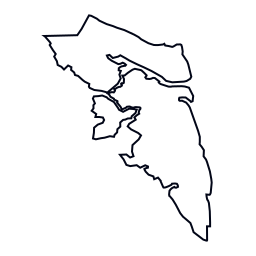 outline of Sitka, Alaska, United States of America
{"feature_id": "52423323B81884314913913", "entity_name": "Sitka", "entity_type": "district", "adm_level": 2, "iso_a3": "USA", "parent_name": "United States of America", "parent_adm1": "Alaska", "projection": "natural_earth1", "projection_center": [-135.379, 57.084], "detail": "fine", "context": "isolated", "style": "outline", "palette": "ink", "viewbox_px": 256, "rotation_deg": 0, "n_neighbors": 0, "source": "geoboundaries", "source_scale": "gbopen_adm2", "svg_char_len": 3807}
<svg xmlns="http://www.w3.org/2000/svg" viewBox="0 0 256 256"><path d="M210.1,226.3L210.1,222.3L209.8,211.2L208.9,203.0L208.0,200.5L207.6,200.2L207.1,199.1L206.6,196.6L206.4,194.5L209.4,194.8L210.0,194.5L210.7,192.9L211.7,182.6L211.3,179.1L209.9,171.4L207.0,162.0L206.0,159.5L203.6,156.3L203.9,150.2L201.6,146.7L199.6,144.3L199.8,141.9L199.8,136.8L198.1,130.9L189.8,107.5L188.6,105.5L186.2,102.6L182.1,100.7L179.8,100.8L179.2,100.4L179.0,100.0L179.1,98.3L179.4,97.7L182.2,97.4L185.7,97.5L190.4,101.1L191.0,101.9L192.6,101.2L193.2,96.0L189.0,87.7L184.8,86.5L181.7,86.2L172.2,86.4L170.9,86.7L168.5,86.6L160.8,84.1L159.5,83.3L158.7,82.3L159.3,81.5L154.8,78.0L153.0,77.9L151.2,78.7L149.4,79.0L146.3,78.7L145.3,77.3L146.6,75.6L146.6,75.3L143.9,72.6L141.6,70.5L140.8,70.1L134.8,68.8L132.5,69.7L127.9,72.8L124.6,75.5L122.4,75.6L124.0,79.0L123.8,82.8L123.3,83.2L121.7,83.2L121.5,83.4L121.1,83.7L121.1,84.0L121.3,84.3L121.6,84.2L121.8,84.4L121.9,85.6L120.3,86.8L118.9,86.9L117.1,87.7L115.1,89.0L114.3,89.0L114.3,89.6L115.0,90.4L114.9,90.9L114.6,91.4L113.8,92.4L111.9,92.1L109.2,92.9L108.5,93.4L108.4,94.1L109.5,95.0L110.4,96.7L113.9,98.7L114.0,99.3L114.5,99.8L117.4,101.1L117.5,101.9L117.1,102.3L117.3,102.9L120.5,106.7L121.2,108.0L121.2,108.3L122.0,109.4L126.0,107.7L126.8,106.8L129.2,106.5L129.9,106.6L131.9,107.5L133.8,107.6L135.2,107.1L136.0,107.1L139.8,107.4L140.5,108.1L140.2,109.3L139.3,110.0L138.7,112.7L139.2,113.7L136.7,115.3L134.4,117.4L135.7,119.7L129.2,123.8L127.7,126.4L131.1,129.4L138.2,133.0L141.0,135.4L138.7,139.4L132.5,145.1L132.0,151.6L133.5,156.2L130.1,157.5L126.4,154.5L120.0,154.8L123.6,159.4L126.4,164.9L130.2,166.1L136.7,165.2L140.2,167.7L145.2,165.3L148.0,166.5L147.9,167.7L146.5,168.0L144.4,168.9L144.5,169.6L145.7,171.7L148.6,174.7L153.4,176.4L154.2,179.2L158.0,177.6L160.7,180.8L160.6,181.2L163.1,186.9L163.5,187.5L165.0,187.5L166.1,187.2L168.6,186.2L171.4,184.8L172.0,183.7L175.0,183.5L176.9,183.8L177.8,185.3L178.0,186.8L176.2,187.7L175.1,187.6L174.4,186.9L172.3,187.9L170.6,189.3L169.5,190.8L169.1,194.4L169.3,195.9L169.7,196.1L172.6,199.5L175.8,204.7L180.2,213.1L183.0,216.7L190.4,223.0L191.8,226.7L193.6,232.2L203.3,239.6L206.3,240.6L206.9,240.6L207.1,240.2L207.0,226.3L210.1,226.3ZM44.3,36.0L45.0,36.5L50.2,42.5L50.7,43.5L49.7,45.0L52.9,50.1L55.7,54.0L54.2,56.6L56.9,61.2L57.7,65.0L61.4,66.8L64.0,69.5L68.1,65.5L71.4,67.2L71.1,69.9L74.2,72.5L75.0,75.0L78.1,75.9L82.6,80.0L84.8,81.7L89.3,83.9L88.9,86.7L89.7,87.9L94.3,90.0L101.5,90.9L106.1,92.1L106.9,92.9L111.1,89.4L117.8,83.7L120.7,78.4L119.4,74.6L120.8,70.9L118.7,70.3L118.8,68.2L120.4,66.9L121.6,66.4L124.5,65.8L125.2,65.8L126.0,64.9L124.6,63.6L122.7,62.7L120.3,63.8L118.3,64.1L111.8,60.8L108.3,58.3L107.7,57.3L106.9,55.5L109.5,54.9L112.8,58.0L118.2,56.6L120.3,55.3L125.7,58.3L129.5,60.6L137.3,64.4L143.6,67.2L151.5,71.0L161.9,76.9L165.5,80.3L166.0,80.8L166.6,81.0L172.3,82.3L183.9,81.6L186.6,81.0L190.2,78.8L191.3,76.7L188.3,64.5L187.2,61.5L182.4,54.4L182.7,51.5L182.0,47.0L181.3,44.9L180.3,44.4L176.7,44.5L173.4,46.5L172.2,46.9L168.5,46.0L165.2,45.5L164.3,43.8L163.0,44.5L157.8,45.1L153.9,45.0L148.4,43.2L141.2,39.3L138.6,37.1L134.1,34.6L124.4,30.1L116.9,27.7L113.0,26.1L106.7,24.1L99.4,20.7L96.9,18.7L91.2,15.8L89.0,15.4L81.6,28.9L77.3,35.2L44.3,36.0ZM93.5,108.4L91.7,110.8L96.2,114.0L95.4,117.0L99.3,117.0L102.9,117.5L104.1,120.0L102.7,122.8L97.8,124.6L94.1,127.7L93.9,132.9L93.0,138.5L95.9,139.3L101.0,138.2L104.6,137.7L109.9,136.2L114.0,136.8L114.6,134.8L117.1,132.4L117.4,129.2L120.3,126.6L120.2,122.5L123.1,119.9L125.3,119.6L127.7,118.5L131.3,118.3L131.7,116.3L135.5,113.0L136.7,109.7L133.4,109.0L129.1,108.7L125.8,110.4L123.1,111.8L119.1,109.8L118.0,107.9L113.9,102.0L108.2,98.8L106.7,97.3L102.2,95.5L98.4,96.1L93.9,96.4L92.9,98.6L94.9,103.4L93.4,105.2L93.5,108.4Z" fill="none" stroke="#020617" stroke-width="2"/></svg>